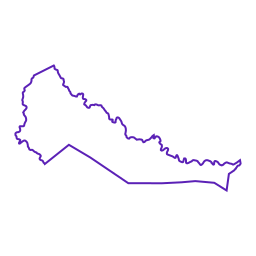 Raillon Road, Praslin, Saint Lucia (Albers equal-area conic projection)
{"feature_id": "8701671B15123648543538", "entity_name": "Raillon Road", "entity_type": "district", "adm_level": 2, "iso_a3": "LCA", "parent_name": "Saint Lucia", "parent_adm1": "Praslin", "projection": "albers", "projection_center": [-60.939, 13.873], "detail": "fine", "context": "isolated", "style": "outline", "palette": "violet", "viewbox_px": 256, "rotation_deg": 0, "n_neighbors": 0, "source": "geoboundaries", "source_scale": "gbopen_adm2", "svg_char_len": 5735}
<svg xmlns="http://www.w3.org/2000/svg" viewBox="0 0 256 256"><path d="M181.4,182.3L195.3,181.1L214.3,182.8L226.6,190.5L228.9,173.9L234.4,170.2L234.8,169.4L235.8,168.7L236.0,168.4L236.2,167.7L236.7,167.3L237.1,166.5L237.5,166.0L237.9,165.7L239.0,165.5L239.4,165.3L240.4,164.0L240.6,163.4L240.0,160.2L236.8,162.6L234.3,164.1L233.5,164.5L232.8,164.5L232.0,164.0L231.1,163.7L229.8,163.5L228.4,163.0L227.3,162.5L226.4,162.4L225.3,162.9L224.0,163.8L223.3,164.7L222.4,165.0L221.9,165.1L221.8,165.3L221.4,165.3L219.8,164.6L219.6,164.5L218.9,163.7L218.1,162.5L217.9,162.2L216.6,161.4L215.3,161.0L214.8,161.1L214.6,161.3L214.4,161.6L214.2,162.5L214.1,164.0L214.0,164.3L213.6,164.6L213.2,164.5L212.8,164.3L212.0,163.1L211.6,162.9L211.6,162.5L211.1,161.9L210.3,161.2L210.0,161.2L208.4,160.5L207.4,160.2L207.0,160.2L206.1,160.2L204.9,160.8L204.2,161.4L203.4,162.6L203.0,163.3L202.2,164.2L201.4,164.8L200.9,165.0L200.6,164.9L200.1,164.5L199.1,163.1L198.3,162.3L197.6,161.2L197.0,160.9L196.2,160.6L194.1,160.2L193.6,160.1L192.8,160.3L192.6,160.4L191.9,161.1L191.6,161.4L190.3,161.9L188.5,162.9L187.2,163.3L186.7,163.2L186.3,163.0L186.1,162.6L186.0,162.2L186.0,160.3L185.8,159.3L185.7,159.0L185.5,158.7L184.8,158.1L184.8,157.6L184.7,158.1L184.2,158.4L183.9,159.1L183.3,161.6L183.2,161.8L182.9,162.1L182.2,162.2L180.6,161.6L179.9,161.2L179.5,161.0L179.1,160.5L178.8,159.5L178.8,159.1L177.9,156.7L177.5,155.7L177.1,155.2L176.9,155.2L176.7,155.2L176.4,155.5L175.6,157.7L175.5,157.8L175.1,157.9L174.8,157.9L172.6,156.4L167.5,154.5L167.0,154.1L166.9,153.7L166.8,153.2L166.9,152.7L167.1,151.9L167.9,150.4L168.1,149.6L168.1,148.9L167.5,148.2L166.8,148.0L165.4,148.3L163.0,150.2L162.3,150.5L161.6,150.6L160.9,150.1L160.9,149.1L161.7,147.4L161.9,146.6L161.8,145.0L161.1,144.4L160.4,144.0L159.5,142.9L159.3,142.4L159.6,141.8L160.4,141.4L160.5,140.3L159.8,138.5L158.9,137.2L158.1,136.7L156.9,136.3L156.2,136.3L155.4,137.3L154.8,137.9L154.5,138.4L154.0,138.4L153.5,138.1L154.0,136.8L153.9,135.8L153.8,135.1L152.4,136.1L151.6,137.2L149.8,139.1L148.9,139.7L146.4,140.3L145.5,140.9L144.5,142.0L143.4,142.2L142.6,141.0L142.2,140.0L141.6,139.6L140.6,139.5L139.7,139.3L137.7,139.5L136.8,139.7L135.5,138.7L134.0,137.5L132.9,137.2L131.2,137.2L130.4,137.4L130.0,137.6L129.3,138.5L129.2,138.6L128.8,138.6L127.9,138.4L126.9,137.5L126.6,137.2L126.5,136.8L126.4,136.1L126.3,135.7L125.5,134.8L125.3,134.3L125.3,133.7L125.5,133.0L125.9,130.6L125.8,128.9L125.7,128.2L125.2,126.8L125.0,126.4L124.6,126.0L124.0,125.5L122.8,124.7L122.5,124.4L122.0,123.6L121.5,121.9L121.1,121.0L119.3,118.3L118.9,117.9L118.4,117.6L117.8,117.4L117.2,117.5L116.8,117.7L116.5,118.2L116.4,118.9L116.0,119.5L115.8,119.9L115.6,121.1L115.6,122.1L115.2,122.5L114.7,122.6L114.3,122.5L113.7,122.4L112.5,122.0L112.3,121.7L112.2,121.4L112.4,120.8L112.7,120.3L112.7,119.9L112.5,119.6L112.0,119.5L110.3,119.5L109.7,119.3L109.4,119.0L109.2,118.7L109.1,117.0L108.7,115.0L108.4,114.0L108.0,113.4L106.9,112.9L106.5,112.6L106.3,112.3L106.0,111.6L104.9,110.4L103.6,108.4L103.0,107.8L101.9,106.8L101.4,105.5L101.2,105.4L100.3,105.2L99.2,105.3L98.3,105.3L97.8,105.1L96.8,104.6L96.0,104.4L95.3,104.4L94.9,104.5L94.4,105.1L93.1,104.9L92.1,104.9L90.6,105.2L90.2,105.9L89.7,107.3L89.5,107.6L89.1,107.8L88.6,107.8L87.5,107.5L87.0,107.0L86.3,106.0L85.9,105.5L85.3,105.0L84.5,104.6L84.2,104.2L84.3,103.7L84.7,102.6L85.6,101.4L86.2,100.8L86.3,100.4L86.3,100.1L86.1,99.8L85.5,99.3L84.8,99.1L83.6,99.0L83.3,98.8L83.0,98.6L82.8,97.8L82.8,97.2L83.2,94.8L83.2,94.4L83.1,94.1L82.6,93.6L82.2,93.5L81.4,93.5L80.5,94.3L80.3,94.4L80.0,94.4L79.8,94.3L79.2,93.7L78.9,93.8L78.2,94.2L77.9,94.8L77.4,95.2L77.0,96.3L76.9,96.5L76.7,96.5L75.9,96.5L74.3,95.9L72.7,95.6L72.1,95.3L71.4,94.4L70.6,93.5L70.5,93.2L70.4,92.3L70.2,91.9L69.2,90.7L68.8,89.4L68.1,88.3L67.8,87.4L67.5,87.0L67.3,86.9L67.1,86.8L66.2,86.9L65.8,86.9L63.2,85.1L63.1,84.8L63.2,84.2L63.8,82.9L64.0,82.0L64.0,81.4L63.6,80.3L63.6,79.3L63.5,79.1L63.0,78.6L62.4,78.4L61.5,78.3L61.1,78.1L60.8,77.8L59.5,75.3L58.3,73.3L57.9,72.2L57.7,70.7L57.6,70.3L57.4,70.1L55.5,69.4L54.6,68.7L54.5,67.5L54.3,66.4L54.2,66.1L53.8,65.5L33.9,75.5L33.5,77.0L33.2,77.6L32.0,78.4L31.8,78.7L31.6,79.0L31.5,79.5L31.5,80.6L31.3,81.7L30.9,82.6L30.6,83.2L30.0,83.8L29.0,84.6L25.5,87.1L24.8,87.7L24.4,88.1L24.3,88.4L24.3,89.0L24.6,89.9L24.7,90.4L24.2,91.4L23.2,92.1L22.9,92.4L22.8,92.7L22.8,93.4L23.1,94.8L23.2,96.0L23.2,97.0L22.8,98.5L22.4,99.5L22.3,100.3L22.7,101.1L22.8,101.8L22.8,102.6L22.7,103.1L22.7,103.7L22.7,104.1L22.9,104.5L23.4,104.9L25.4,105.8L25.9,106.0L26.5,106.8L26.6,107.2L26.5,107.9L26.4,108.3L25.7,109.3L24.4,110.6L23.5,111.9L23.2,112.6L23.8,113.3L23.8,113.6L23.8,114.3L24.1,115.0L25.4,116.6L25.8,117.4L26.1,118.6L26.2,120.1L25.9,121.0L25.2,122.2L24.6,123.5L24.3,124.6L24.1,125.7L23.5,126.2L21.1,126.3L20.1,126.2L19.8,126.4L19.6,126.8L19.6,127.4L20.1,128.8L20.2,129.6L20.2,130.4L20.0,131.0L19.6,131.5L18.7,132.0L18.1,132.2L17.3,132.2L16.6,132.4L15.9,132.9L15.6,133.2L15.4,133.8L15.5,135.1L15.6,135.4L16.2,136.0L16.5,136.5L16.5,136.8L16.6,137.9L16.9,138.6L17.2,138.9L17.6,139.0L19.5,139.4L19.9,139.7L20.2,140.0L20.2,140.4L20.1,140.8L19.4,142.1L19.1,142.7L19.0,143.2L19.1,143.5L19.4,143.6L19.9,143.5L22.0,141.8L23.0,141.1L23.9,140.6L24.8,140.5L25.1,140.6L25.6,140.9L26.6,141.8L27.2,142.7L27.4,143.3L27.8,145.0L27.9,146.6L28.7,147.6L29.1,148.8L29.5,149.5L30.6,150.0L32.0,149.8L32.6,150.0L34.0,151.3L34.8,151.9L36.0,152.3L36.5,152.5L36.7,153.0L37.2,153.3L37.7,153.6L38.7,153.9L39.6,154.3L40.6,155.4L40.7,155.6L40.7,156.0L40.7,156.3L39.9,157.7L39.7,158.3L39.6,158.8L39.8,159.2L40.4,159.9L40.9,160.1L42.2,160.5L42.6,160.8L42.9,161.1L43.6,162.7L43.8,162.9L44.4,163.2L44.8,164.0L68.9,144.8L90.3,157.5L128.3,183.2L146.2,183.2L161.2,183.3L181.4,182.3Z" fill="none" stroke="#5b21b6" stroke-width="2"/></svg>